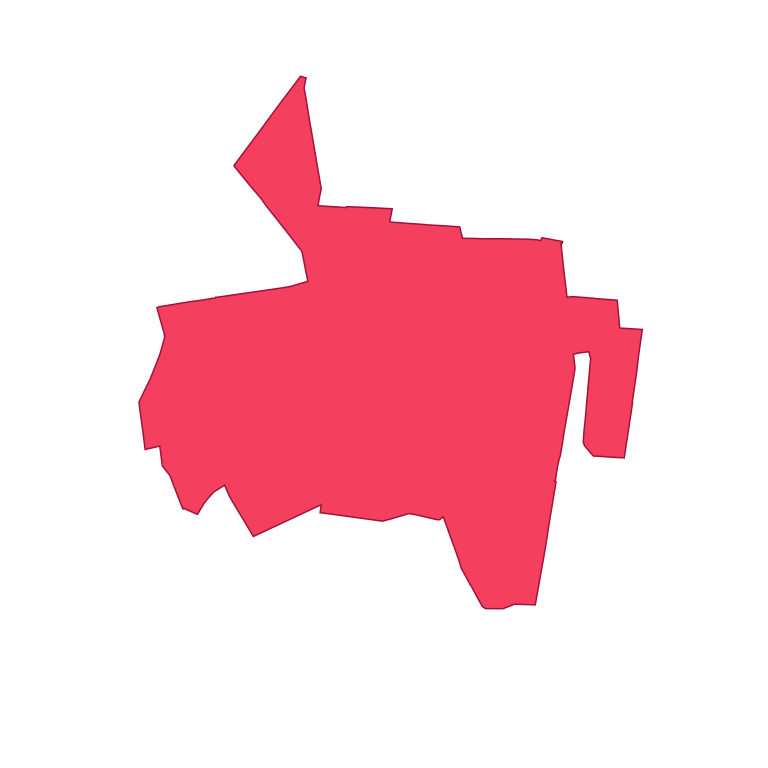 the district of Otelec, Timis, Romania, rotated 128°
{"feature_id": "2599482B41708368975708", "entity_name": "Otelec", "entity_type": "district", "adm_level": 2, "iso_a3": "ROU", "parent_name": "Romania", "parent_adm1": "Timis", "projection": "natural_earth1", "projection_center": [20.849, 45.575], "detail": "fine", "context": "isolated", "style": "filled", "palette": "rose", "viewbox_px": 768, "rotation_deg": 128, "n_neighbors": 0, "source": "geoboundaries", "source_scale": "gbopen_adm2", "svg_char_len": 4059}
<svg xmlns="http://www.w3.org/2000/svg" viewBox="0 0 768 768"><g transform="rotate(128 384 384)"><path d="M463.6,610.0L470.4,600.8L480.4,587.0L480.7,587.3L482.2,585.6L491.6,581.7L498.8,578.8L507.7,576.1L520.1,572.5L524.8,571.1L529.5,570.2L545.9,566.7L549.1,566.0L553.7,561.4L561.5,553.4L570.3,544.4L582.7,531.9L571.0,522.5L574.4,519.0L584.7,508.6L585.1,508.0L586.3,503.3L587.9,496.4L590.6,492.0L600.5,475.5L606.3,465.5L605.3,465.2L603.6,458.5L601.6,450.7L592.3,451.9L588.9,452.3L583.8,452.3L573.8,451.7L573.4,451.5L561.9,447.4L567.8,436.3L570.0,430.9L577.7,410.8L584.6,393.1L578.4,389.9L567.5,384.4L552.5,376.8L541.1,371.0L527.9,364.3L517.8,359.2L524.7,355.1L519.1,345.6L505.2,321.7L493.1,300.9L492.5,300.3L488.2,297.1L484.6,294.4L476.8,288.9L470.9,284.7L470.7,284.4L467.3,278.1L461.0,264.6L459.7,261.6L457.6,257.6L457.2,257.1L456.8,256.8L456.3,256.6L452.2,255.4L464.3,236.3L471.4,224.9L475.0,219.3L478.0,214.7L481.6,209.8L486.0,199.5L489.2,192.3L489.0,192.1L494.0,180.8L498.3,170.7L498.7,169.8L498.5,165.7L491.4,156.5L488.4,152.7L488.0,152.0L484.3,149.8L477.1,145.5L466.8,131.4L464.9,128.8L434.4,145.0L420.4,152.4L412.4,156.7L391.3,168.5L363.8,183.5L355.1,188.2L355.4,189.9L354.4,189.6L348.2,193.1L342.7,196.2L339.4,197.8L335.8,199.5L331.2,201.3L330.0,201.9L318.5,208.2L311.9,212.0L282.2,227.8L261.8,238.8L255.0,242.5L252.8,244.2L249.5,247.5L244.4,252.7L244.0,253.0L240.4,250.3L236.3,246.3L233.1,243.1L232.8,242.8L232.5,242.4L233.4,241.2L235.8,238.4L236.0,237.5L236.0,237.3L238.5,235.7L241.1,234.0L244.6,231.8L249.3,228.7L256.0,224.4L262.3,220.4L263.5,219.5L269.5,215.7L274.6,212.4L282.9,206.9L285.8,205.1L288.8,203.1L290.5,202.0L291.9,201.2L293.6,200.2L296.7,198.2L300.3,195.9L301.7,194.9L304.5,193.0L307.0,191.4L307.2,191.0L307.9,189.9L309.1,188.1L309.2,187.9L309.9,184.5L310.9,179.6L311.6,176.3L311.8,174.4L310.7,173.1L309.2,171.0L306.7,167.2L303.8,162.9L298.2,154.7L295.0,150.2L294.4,149.2L292.2,150.4L288.7,152.4L283.2,155.5L276.0,159.5L272.7,161.4L270.3,162.7L267.3,164.4L260.6,168.2L257.0,170.2L254.7,171.5L250.8,173.7L245.9,176.5L246.0,176.9L243.5,178.3L238.8,181.0L220.1,191.6L204.0,201.4L182.0,214.0L189.0,224.3L194.8,232.7L187.2,239.7L174.4,251.8L177.6,256.7L181.1,261.8L184.6,267.2L186.3,269.5L186.7,270.5L187.4,271.8L188.8,273.7L189.9,275.2L190.2,275.7L190.3,276.2L195.4,283.7L199.0,289.2L202.9,293.2L197.9,298.2L188.0,308.0L182.8,313.1L177.6,318.2L167.7,327.8L165.4,329.9L164.1,331.1L163.5,330.2L161.7,331.0L162.0,331.5L163.2,333.7L167.3,341.5L171.5,349.6L174.9,349.0L175.3,350.1L175.8,351.7L178.2,355.3L182.7,361.7L187.6,368.1L193.0,375.3L198.2,382.2L202.5,387.6L208.1,394.7L213.0,401.5L220.8,411.8L219.5,413.5L213.6,421.1L218.4,428.2L223.1,435.2L228.3,442.6L232.3,448.4L232.8,449.4L237.9,457.0L240.4,460.7L245.3,467.9L248.3,472.5L250.8,476.2L252.7,479.1L252.6,479.4L250.8,480.3L245.9,482.8L240.8,485.4L245.7,492.3L249.4,497.6L253.3,503.2L255.1,505.6L256.2,507.2L259.1,511.3L263.5,517.4L265.6,520.4L266.2,521.2L267.4,522.9L268.8,522.9L269.3,523.8L272.3,528.5L277.3,535.7L282.6,543.5L284.1,545.8L276.2,550.0L268.8,553.6L263.0,560.0L257.0,566.6L251.1,573.1L249.1,575.4L248.4,576.0L242.4,582.7L240.6,584.6L239.7,585.6L233.6,592.3L227.8,598.7L222.0,605.2L210.1,617.9L204.3,624.2L199.9,629.2L195.3,631.6L192.0,633.3L190.7,633.9L191.1,634.4L192.8,639.2L205.0,639.0L219.6,638.8L232.7,638.5L244.3,638.2L260.7,637.7L273.3,637.4L290.0,637.1L303.3,636.7L303.3,636.9L304.5,636.4L304.7,635.9L307.8,622.3L310.6,609.8L312.4,600.4L314.1,593.3L315.6,588.5L317.5,581.0L319.7,571.8L322.4,560.8L324.2,553.4L326.0,546.2L328.2,537.7L329.3,533.3L329.8,531.1L330.7,529.7L331.4,528.7L332.0,527.9L333.0,526.8L335.9,523.5L341.6,517.0L345.4,512.6L349.0,508.4L350.0,507.3L352.5,509.0L356.6,512.0L359.9,514.3L364.4,517.5L366.9,519.8L368.7,521.4L370.8,523.3L376.1,528.4L384.9,536.8L397.5,548.9L405.1,556.2L413.7,564.4L417.9,568.5L419.2,569.9L419.3,570.1L420.2,570.0L422.3,572.1L429.6,578.8L434.0,583.0L435.8,584.7L436.1,585.2L436.7,585.8L443.0,591.6L449.6,597.7L452.2,600.1L457.4,604.9L461.1,608.4L463.6,610.0Z" fill="#f43f5e" stroke="#9f1239" stroke-width="1.5"/></g></svg>